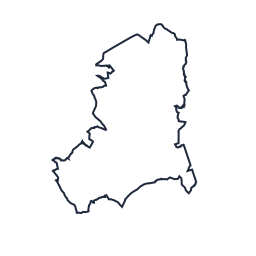 Copacel, Bihor, Romania (Natural Earth projection), rotated 67°
{"feature_id": "2599482B8051644338806", "entity_name": "Copacel", "entity_type": "district", "adm_level": 2, "iso_a3": "ROU", "parent_name": "Romania", "parent_adm1": "Bihor", "projection": "natural_earth1", "projection_center": [22.162, 46.971], "detail": "fine", "context": "isolated", "style": "outline", "palette": "slate", "viewbox_px": 256, "rotation_deg": 67, "n_neighbors": 0, "source": "geoboundaries", "source_scale": "gbopen_adm2", "svg_char_len": 5715}
<svg xmlns="http://www.w3.org/2000/svg" viewBox="0 0 256 256"><g transform="rotate(67 128 128)"><path d="M183.6,188.7L183.3,188.3L181.9,188.2L181.6,187.4L181.4,186.2L181.8,185.4L181.5,184.4L181.7,183.8L180.9,181.9L181.6,180.4L181.3,179.2L181.6,178.1L182.5,176.2L181.2,176.0L181.1,175.7L181.5,174.9L181.5,174.1L186.2,173.5L186.7,171.9L188.8,169.3L192.4,166.3L194.6,165.7L198.3,164.3L194.0,159.5L193.4,158.9L192.3,158.2L192.4,157.8L190.8,154.7L190.2,152.9L189.6,151.8L188.6,147.7L188.2,143.7L186.7,139.6L186.1,135.3L186.6,131.5L186.9,130.6L187.4,129.9L187.7,127.7L187.9,127.3L188.1,125.8L188.5,124.9L188.4,124.2L188.1,123.8L187.7,123.7L187.8,123.2L187.4,122.6L187.5,122.0L187.1,121.3L187.1,120.7L187.4,120.1L187.6,119.9L187.7,117.3L188.3,117.3L189.1,114.7L190.6,112.0L190.3,111.1L189.9,108.7L193.2,105.3L194.3,101.9L192.5,99.6L195.1,98.6L196.0,98.7L201.1,100.6L204.8,99.0L206.0,98.9L207.4,99.1L208.5,98.9L210.0,98.4L211.8,97.5L209.9,94.4L209.6,94.3L208.8,93.5L207.9,93.3L207.6,92.6L207.4,91.3L207.2,91.1L207.3,90.5L206.8,90.0L206.9,89.7L206.7,89.6L206.7,88.7L206.3,88.5L206.1,87.9L205.7,87.8L205.1,87.1L204.7,87.1L204.3,86.3L191.3,85.3L190.8,89.8L190.1,89.0L187.8,86.9L186.8,85.0L165.3,83.3L165.1,83.4L165.2,85.5L164.9,85.7L165.2,86.0L165.2,86.7L165.6,86.8L165.6,88.0L165.3,88.5L165.6,89.4L164.5,90.8L161.4,91.1L161.7,87.4L151.9,83.1L151.2,83.2L150.6,82.7L149.5,81.4L149.2,80.9L148.9,79.5L148.2,77.8L147.9,76.2L147.6,75.6L146.3,74.0L145.1,72.8L143.6,75.0L142.5,77.2L141.5,78.6L139.8,78.1L137.7,78.3L136.0,77.3L133.7,75.4L132.5,76.6L131.8,76.7L129.5,76.3L128.8,75.9L127.5,75.7L126.3,76.2L126.3,75.5L126.6,75.2L126.5,74.8L127.0,74.7L127.1,74.4L127.0,73.9L128.3,73.5L129.0,73.5L128.9,73.1L129.6,72.4L129.8,72.4L130.1,71.8L130.0,71.6L130.5,71.0L130.5,70.8L130.2,70.8L130.3,70.4L130.2,70.1L129.4,70.0L129.4,69.5L130.2,69.2L130.1,68.9L129.5,68.7L129.9,68.4L129.1,68.2L129.1,67.8L129.5,67.7L129.5,67.4L128.2,67.3L128.2,66.7L126.2,66.1L124.3,64.9L123.1,64.6L120.2,64.4L119.8,63.3L120.2,62.1L119.6,61.5L119.1,60.3L117.9,58.6L117.3,57.3L115.9,57.6L113.5,57.6L111.4,57.4L108.3,56.5L108.1,57.1L107.7,57.3L107.4,57.0L107.0,57.2L106.7,56.9L106.2,57.2L105.2,56.4L104.4,56.2L104.0,55.7L103.8,55.7L103.7,55.1L103.4,54.9L103.2,55.1L102.6,55.1L102.3,55.5L101.7,55.7L101.4,55.7L101.0,55.4L100.7,55.5L100.5,55.2L100.2,55.4L99.9,55.4L99.6,55.1L99.3,55.1L97.7,54.4L96.7,54.5L96.3,54.2L95.5,54.3L94.4,54.0L93.8,53.0L93.4,53.0L93.2,52.6L92.6,52.5L92.5,52.0L91.8,50.9L91.5,49.8L91.3,49.8L90.4,48.8L89.8,48.4L89.1,48.6L88.6,48.5L87.9,47.9L87.2,48.0L86.1,47.4L84.1,45.2L76.6,43.1L74.0,41.9L70.8,41.3L70.7,41.4L70.4,41.2L70.0,41.5L69.1,41.3L69.0,42.6L66.5,46.3L66.1,48.3L64.6,48.1L62.3,48.7L61.2,48.7L60.0,48.2L59.1,48.6L58.2,49.4L57.7,50.2L56.1,51.4L54.5,52.2L54.1,52.8L52.1,53.8L51.3,54.8L50.3,55.4L48.8,56.0L47.0,56.1L46.2,56.7L45.4,56.9L44.9,58.1L44.2,60.2L44.5,60.4L44.4,61.1L44.5,62.0L45.0,63.0L46.6,64.4L47.6,65.6L50.4,67.3L51.7,69.4L52.5,70.1L51.5,70.9L57.3,75.8L54.0,77.3L46.4,82.0L45.8,82.7L45.4,83.0L45.4,86.9L45.9,91.8L48.1,110.1L49.3,118.2L49.5,120.7L49.8,121.3L51.4,122.4L54.4,123.8L54.8,124.2L55.9,126.6L56.8,132.1L57.1,132.5L57.9,132.8L58.6,131.0L60.6,128.2L61.1,126.4L61.9,124.5L61.9,123.8L62.4,123.6L62.4,122.9L64.9,122.0L64.9,121.7L63.0,121.6L63.1,120.5L69.7,118.7L70.0,119.5L70.0,120.7L70.6,121.4L71.0,123.1L69.7,124.0L69.0,125.1L74.2,126.5L73.8,129.2L73.4,130.4L72.9,131.2L72.0,131.5L70.0,133.6L69.3,133.5L69.1,134.2L69.0,134.5L68.3,134.8L68.0,135.7L69.4,134.9L70.6,133.9L72.1,133.3L72.5,132.9L75.0,132.4L76.3,131.3L78.2,131.3L80.4,131.6L79.8,133.4L80.3,134.6L80.1,136.8L79.2,138.8L79.4,139.5L79.4,140.5L78.7,140.8L78.2,143.1L78.8,145.9L79.1,146.9L79.7,147.2L82.9,147.1L85.4,146.6L86.5,146.7L87.2,147.0L88.6,146.7L91.2,147.0L92.3,147.3L95.2,148.8L99.7,153.7L101.1,154.7L102.6,154.1L104.7,153.9L111.3,150.6L113.8,150.2L116.4,149.2L120.9,148.8L120.9,149.1L120.8,149.6L117.4,152.8L115.8,154.8L114.6,155.4L114.7,156.1L114.5,156.9L114.7,157.6L114.0,158.5L114.8,159.4L113.8,161.2L113.8,161.7L115.3,165.4L115.4,166.7L115.6,166.8L115.7,166.6L118.0,165.4L119.2,165.8L119.9,166.6L121.5,167.2L123.0,168.0L123.4,167.9L124.0,167.2L125.6,166.0L126.9,165.6L127.3,165.9L127.5,166.3L131.1,170.8L129.0,172.5L128.7,172.4L128.4,172.8L127.9,172.9L127.9,173.2L127.7,173.6L127.3,173.8L127.0,173.8L127.1,173.6L126.4,173.8L125.6,174.7L125.2,174.4L125.0,174.6L124.7,174.5L124.4,175.3L124.1,175.0L123.8,174.9L123.7,175.2L123.3,175.0L122.9,175.3L122.7,175.2L122.2,175.2L124.0,177.6L124.0,178.6L125.4,182.6L126.4,186.8L127.0,187.5L128.2,188.6L129.0,188.9L129.1,189.8L130.2,191.9L130.8,192.5L131.2,193.3L132.2,194.4L132.3,194.9L132.8,194.9L131.8,195.6L131.9,196.2L132.7,197.4L132.8,198.2L133.1,198.6L132.9,199.8L131.9,201.3L131.8,202.2L131.0,202.1L130.5,202.3L130.5,202.7L130.1,202.8L129.5,202.7L128.8,203.7L128.8,204.1L128.1,204.4L128.1,204.6L128.4,204.6L128.4,204.9L128.0,205.2L127.8,205.2L127.7,205.4L127.3,205.8L127.5,206.2L127.2,206.3L127.2,206.6L127.2,206.8L127.6,207.0L127.6,207.8L127.8,208.1L127.9,208.8L127.7,209.4L127.7,209.8L128.1,210.0L128.3,209.9L128.3,209.7L128.5,209.3L130.3,208.5L131.0,208.4L131.6,207.6L132.2,207.3L133.7,207.5L134.4,207.8L137.1,208.2L138.2,208.5L138.0,209.0L137.9,210.3L138.1,211.3L138.3,211.6L137.9,213.4L138.1,213.9L145.1,211.8L146.6,211.8L148.6,213.0L148.3,213.1L148.3,213.7L148.0,213.8L148.0,214.8L149.9,214.2L160.0,213.5L162.5,212.5L164.1,212.4L165.0,212.6L167.7,212.2L168.5,211.7L171.1,211.7L175.0,210.0L177.8,207.4L180.2,207.2L181.6,207.6L185.0,207.9L185.8,208.3L186.3,208.1L186.1,207.5L188.0,204.2L187.9,203.3L187.6,202.3L188.7,200.3L189.3,197.2L189.0,196.7L187.5,196.3L183.9,194.1L183.4,193.0L182.7,192.2L180.8,190.8L180.8,190.1L183.2,189.1L183.6,188.7Z" fill="none" stroke="#1e293b" stroke-width="2"/></g></svg>